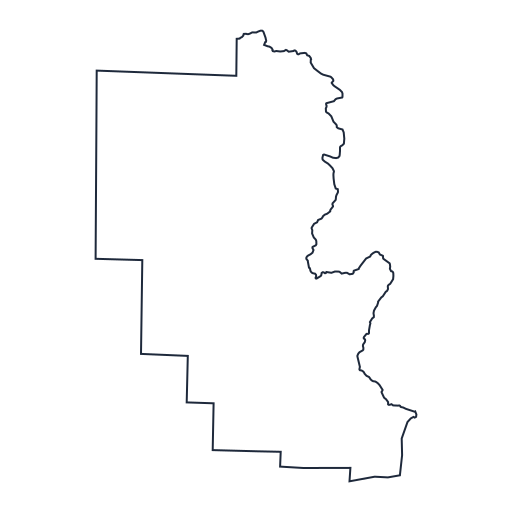 Marinette, Wisconsin, United States of America
{"feature_id": "52423323B24542313497081", "entity_name": "Marinette", "entity_type": "district", "adm_level": 2, "iso_a3": "USA", "parent_name": "United States of America", "parent_adm1": "Wisconsin", "projection": "mercator", "projection_center": [-87.807, 45.381], "detail": "fine", "context": "isolated", "style": "outline", "palette": "slate", "viewbox_px": 512, "rotation_deg": 0, "n_neighbors": 0, "source": "geoboundaries", "source_scale": "gbopen_adm2", "svg_char_len": 4161}
<svg xmlns="http://www.w3.org/2000/svg" viewBox="0 0 512 512"><path d="M317.3,70.8L314.0,68.2L310.7,62.6L310.8,59.6L311.1,59.3L310.7,57.9L309.2,55.9L307.2,55.3L306.3,53.4L304.8,52.9L303.8,53.0L300.1,53.4L298.6,54.3L297.7,54.2L297.1,53.7L296.6,52.0L296.0,51.2L295.3,50.6L294.8,50.4L294.1,50.5L293.6,51.0L288.7,51.7L286.9,50.3L285.9,49.9L283.9,51.1L280.2,51.5L276.3,51.0L274.4,51.5L272.8,51.1L272.4,50.4L272.6,49.7L271.5,47.9L269.4,46.6L267.7,46.3L264.1,44.9L265.2,42.1L265.9,41.9L266.2,40.8L265.5,37.6L263.5,32.0L262.8,31.1L262.2,30.7L260.5,30.7L258.3,31.5L256.2,32.5L252.2,32.4L249.9,33.6L248.5,34.1L247.0,34.1L246.1,33.8L243.8,33.9L243.6,34.1L243.3,35.6L241.9,37.1L240.4,37.8L239.6,38.6L236.7,38.8L236.3,75.8L96.7,70.6L96.4,125.8L95.6,258.8L142.3,260.1L141.0,353.9L187.8,355.9L186.7,402.4L213.6,403.3L212.7,450.1L257.3,451.3L280.7,451.8L280.1,466.6L303.4,468.0L350.4,467.9L349.5,481.3L374.7,476.7L387.9,477.4L399.9,475.3L402.1,455.2L401.7,438.5L407.5,422.0L410.8,418.4L413.5,416.9L414.7,417.6L416.1,416.8L416.4,414.5L415.2,411.4L414.6,411.7L405.8,408.8L403.2,407.5L400.9,407.0L400.5,406.7L400.2,406.0L399.5,405.5L397.7,405.6L393.1,405.4L391.5,404.2L389.7,404.8L388.6,404.8L388.1,404.4L388.1,402.1L387.8,401.6L385.9,399.1L384.4,398.0L383.9,397.3L381.7,392.6L381.5,392.0L382.5,390.4L382.6,389.9L379.5,385.0L377.8,383.2L376.3,382.1L375.2,381.5L373.1,381.2L372.0,380.6L370.5,379.3L370.2,378.6L369.0,377.0L366.5,375.8L364.5,373.6L364.0,372.4L362.8,371.2L361.6,370.5L359.9,370.2L359.6,369.8L359.4,369.2L359.9,366.9L357.4,356.4L357.4,355.7L358.3,353.6L359.5,352.2L362.7,350.4L363.3,349.7L363.4,347.9L362.9,346.0L363.1,344.5L364.8,342.1L365.2,340.2L365.0,339.4L363.8,338.5L363.7,337.7L364.1,336.8L366.4,334.0L366.8,333.8L368.2,333.9L368.7,333.6L369.0,333.1L369.0,330.3L369.9,325.2L370.4,323.2L369.9,322.1L372.2,318.4L373.8,317.2L373.9,315.7L373.5,313.2L374.0,310.6L375.8,307.3L377.0,305.9L378.1,302.6L378.1,301.6L381.3,297.4L382.8,296.3L385.8,291.7L386.6,291.3L387.2,290.7L388.0,289.0L387.8,286.2L388.0,285.6L388.7,284.8L390.2,283.8L393.1,279.2L393.4,276.0L393.3,273.1L393.0,272.2L392.2,271.4L391.1,271.2L389.9,268.8L390.2,266.6L389.9,264.1L389.6,263.3L383.4,258.8L383.1,258.2L383.0,256.3L382.9,255.8L379.9,254.5L378.7,252.4L377.0,251.8L375.6,251.8L373.4,252.9L371.7,254.2L370.8,255.1L370.2,256.5L366.1,258.5L360.6,265.6L358.9,268.2L358.7,269.0L353.9,270.7L353.6,271.2L353.7,272.5L352.7,273.8L349.6,274.3L347.0,272.8L346.1,272.8L345.2,272.8L341.7,273.6L339.8,272.0L338.9,271.6L335.0,271.5L331.4,272.8L326.4,272.0L326.2,272.6L325.7,273.1L324.9,273.2L323.8,272.4L322.8,272.2L321.7,272.9L321.2,275.4L320.6,276.1L316.7,278.5L316.1,278.6L315.6,278.1L315.6,277.6L316.2,276.4L316.0,274.8L315.1,273.7L312.8,273.2L312.0,272.8L311.0,271.8L310.5,270.9L310.3,270.2L310.1,269.0L309.6,267.9L309.0,267.7L307.9,261.8L307.8,260.7L306.3,258.8L306.4,257.5L307.1,256.4L308.2,255.5L310.5,254.3L312.5,252.7L313.5,250.0L312.5,248.2L312.4,247.8L312.6,246.9L315.8,245.3L316.4,244.2L316.3,241.1L315.9,239.9L315.4,239.2L313.8,237.5L312.1,233.5L312.3,230.2L311.6,228.3L311.7,227.6L314.1,223.8L317.1,222.3L318.1,220.0L321.5,218.6L322.6,217.2L322.8,216.4L324.7,214.7L327.2,213.7L330.2,211.4L330.2,210.4L330.8,209.3L333.0,206.5L333.0,205.9L332.4,204.4L332.6,203.3L335.6,200.0L335.8,199.2L336.0,196.6L336.6,194.8L337.7,192.8L338.0,191.9L337.8,189.2L335.7,188.5L334.3,184.2L333.6,178.5L333.4,174.9L333.5,173.2L333.9,171.8L333.9,171.1L332.5,168.2L330.0,165.5L328.0,163.6L324.8,161.6L322.9,159.9L322.6,159.5L322.4,157.9L323.1,154.9L324.0,154.5L330.0,156.4L332.9,157.7L336.1,158.1L338.1,157.6L338.7,157.0L339.5,156.0L339.7,154.9L340.0,151.1L340.0,147.6L340.2,146.8L340.7,146.2L342.3,145.3L343.9,143.7L344.3,138.7L343.7,132.4L342.5,129.5L338.2,128.3L336.8,127.2L336.7,125.4L336.3,124.6L333.5,121.7L331.3,116.3L328.6,113.5L326.9,112.6L326.0,111.7L325.8,108.4L326.5,106.9L326.6,105.8L326.2,104.8L326.1,103.7L326.4,103.2L333.9,101.2L335.6,99.2L337.0,98.5L342.2,97.5L342.4,97.1L342.5,96.3L342.5,93.6L342.0,92.1L339.9,89.9L334.5,86.2L333.3,85.2L331.7,83.0L331.7,82.7L333.3,80.9L333.3,80.2L333.0,79.2L331.3,77.3L330.5,76.7L323.2,74.7L321.0,73.6L317.3,70.8Z" fill="none" stroke="#1e293b" stroke-width="2"/></svg>